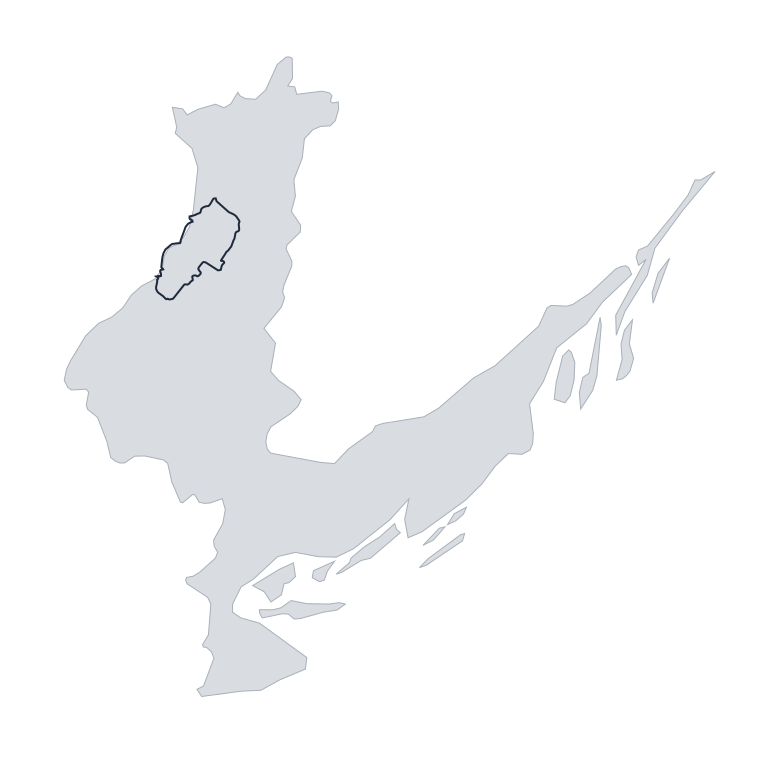 location of Viroviticko-Podravska within Croatia, rotated 273°
{"feature_id": "HRV-1606", "entity_name": "Viroviticko-Podravska", "entity_type": "County", "adm_level": 1, "iso_a3": "HRV", "parent_name": "Croatia", "parent_adm1": "", "projection": "orthographic", "projection_center": [17.571, 45.727], "detail": "fine", "context": "in_parent", "style": "outline", "palette": "slate", "viewbox_px": 768, "rotation_deg": 273, "n_neighbors": 0, "source": "natural_earth", "source_scale": "10m", "svg_char_len": 5692}
<svg xmlns="http://www.w3.org/2000/svg" viewBox="0 0 768 768"><g transform="rotate(273 384 384)"><path d="M69.3,213.2L73.0,219.6L101.4,228.5L107.7,225.5L111.7,220.5L111.9,217.3L114.4,216.5L124.3,221.8L155.3,222.6L161.7,219.0L174.2,197.8L178.0,196.1L180.5,197.1L182.1,203.5L186.3,209.7L201.4,224.8L207.3,226.7L213.2,222.9L219.2,222.0L235.9,230.2L250.3,232.1L261.0,228.4L256.1,216.7L255.4,210.7L256.3,205.6L263.7,200.7L263.4,198.4L254.9,189.2L255.4,186.9L274.9,177.3L293.6,172.1L296.6,167.8L299.6,148.9L298.9,138.8L291.6,129.1L291.3,124.3L293.1,119.4L296.2,115.0L312.3,110.2L335.8,99.6L343.1,89.4L347.4,87.8L360.4,89.5L363.2,87.0L361.7,72.2L364.0,68.5L370.8,64.5L382.2,66.2L391.7,70.2L416.4,83.5L429.5,95.6L436.8,109.0L446.7,119.4L459.3,126.8L469.2,136.8L476.6,149.3L486.9,156.4L500.2,157.9L508.7,162.2L512.2,169.3L519.5,175.7L530.4,181.4L547.5,184.5L590.3,186.8L609.3,179.9L623.4,162.4L629.5,163.6L649.3,158.2L648.2,168.5L642.4,173.3L648.6,183.9L654.6,201.1L651.5,209.7L655.6,216.3L667.7,222.8L664.4,224.9L661.7,230.6L661.6,240.9L671.4,250.5L697.6,260.7L705.4,269.2L705.6,272.8L704.3,275.3L684.3,276.6L676.6,272.3L676.0,279.3L668.7,281.7L673.2,307.0L671.8,314.4L669.1,316.9L663.4,315.7L661.9,318.1L663.3,323.5L656.0,324.3L644.4,321.6L639.0,316.8L637.9,307.1L634.1,299.5L624.8,291.7L605.6,290.6L583.2,283.3L567.0,285.7L551.5,282.4L538.1,292.5L531.4,292.4L517.8,279.9L513.8,279.1L502.0,285.5L497.2,285.8L477.6,279.0L470.5,277.9L465.2,280.2L455.8,277.7L433.3,261.2L419.1,273.5L390.6,270.1L382.0,278.5L372.1,294.5L364.1,302.1L357.2,299.2L349.3,291.9L335.4,273.4L328.3,270.0L320.1,269.0L312.9,270.9L309.0,274.5L302.4,324.6L301.9,338.7L317.5,352.1L335.8,375.0L341.8,377.7L344.6,385.1L353.3,425.5L362.7,439.8L394.7,473.1L408.3,494.2L449.8,535.4L468.3,542.7L471.2,546.5L471.3,562.4L473.3,568.3L485.6,585.0L510.9,609.3L513.8,614.9L514.7,619.1L513.0,622.2L506.4,625.6L477.3,598.0L454.6,583.0L429.2,554.6L395.0,543.1L371.9,530.4L342.1,535.7L332.5,535.6L325.7,533.3L321.0,525.5L321.1,511.9L307.8,499.3L289.5,487.1L272.3,471.5L238.3,429.5L231.7,416.1L249.8,411.7L270.6,414.9L248.6,396.9L217.6,361.8L208.6,345.3L208.1,327.9L211.2,304.1L206.1,286.9L182.4,263.9L173.9,251.9L156.2,244.3L148.2,244.7L143.0,253.1L138.7,272.1L106.8,321.2L95.2,320.4L83.3,295.8L71.7,277.0L69.8,257.7L62.4,218.3L69.3,213.2ZM604.0,683.9L604.3,689.6L613.6,703.5L572.3,672.7L533.7,647.4L506.4,641.3L469.1,620.8L444.9,613.4L464.8,611.8L522.2,639.2L515.8,632.0L524.1,629.1L531.1,631.1L535.6,640.0L568.1,663.9L588.8,677.9L604.0,683.9ZM163.3,350.9L162.2,356.9L155.8,349.0L152.9,335.2L145.4,312.8L144.6,306.5L149.2,300.5L149.2,294.3L144.0,274.6L149.1,271.7L152.1,271.4L152.7,284.9L155.1,292.8L162.9,302.6L160.6,318.2L161.4,340.7L163.3,350.9ZM200.7,302.9L187.0,305.7L180.7,299.5L179.2,294.6L168.1,292.6L160.4,282.5L170.2,275.3L175.8,263.4L193.3,288.9L200.7,302.9ZM415.6,573.4L397.7,573.6L382.2,570.6L374.7,565.7L377.7,554.8L395.0,555.9L421.3,561.0L427.7,566.7L425.7,569.3L415.6,573.4ZM461.9,596.3L453.9,597.9L403.4,596.2L388.7,592.8L369.2,581.7L385.6,579.5L400.9,582.1L405.5,588.2L461.9,596.3ZM239.4,404.1L236.4,408.1L209.4,379.7L206.6,370.5L193.5,351.3L191.6,346.2L203.8,358.9L208.4,360.2L220.1,372.5L231.4,388.2L245.2,402.0L239.4,404.1ZM399.9,615.9L420.9,620.5L436.4,618.6L450.3,621.3L461.1,628.8L437.1,626.9L422.6,631.9L409.8,629.0L405.0,625.7L401.6,621.6L399.9,615.9ZM237.5,468.4L238.9,472.3L231.5,470.6L205.2,435.7L202.5,429.0L212.0,437.3L237.5,468.4ZM193.8,323.3L204.4,343.9L194.2,337.3L185.0,334.6L183.2,329.9L186.8,322.5L193.8,323.3ZM509.0,651.9L524.6,662.6L478.8,648.5L488.9,647.0L509.0,651.9ZM258.2,461.0L265.3,472.8L258.3,470.2L251.1,462.8L247.0,454.9L258.2,461.0ZM242.9,446.8L244.5,452.3L230.8,441.6L224.9,431.4L242.9,446.8Z" fill="#d9dde1" stroke="#a8b0b8" stroke-width="1"/><path d="M476.1,151.9L477.2,152.8L478.4,153.1L479.5,151.1L480.1,153.8L480.0,155.2L480.3,155.7L482.5,155.5L485.1,154.5L486.2,155.0L486.9,157.5L487.5,157.1L487.9,156.6L488.2,156.1L489.1,155.5L498.4,156.0L503.0,156.9L506.9,158.7L512.1,164.2L512.9,165.6L513.0,166.9L513.6,169.2L513.7,171.0L513.8,171.8L514.0,172.9L514.9,173.4L517.4,173.6L530.6,177.7L533.8,180.0L535.9,183.6L536.0,184.3L537.3,184.0L537.9,182.9L538.4,181.7L539.4,181.1L541.2,181.1L542.0,184.1L543.0,186.7L544.3,189.0L544.8,190.4L545.3,191.3L545.8,191.7L548.8,192.3L549.4,192.6L550.1,193.2L550.9,194.2L551.8,196.0L552.2,197.2L552.4,198.2L552.5,199.3L553.3,200.1L554.5,201.0L559.9,203.8L560.1,204.1L560.3,204.4L560.6,206.2L557.8,207.2L547.6,219.9L545.9,224.1L545.0,225.9L544.2,227.0L543.5,227.8L539.7,230.7L539.0,231.1L538.4,231.2L538.0,231.0L537.2,230.7L535.4,230.6L531.7,231.2L530.6,231.3L529.7,231.1L529.1,230.7L528.8,230.1L528.6,229.4L528.2,228.7L527.5,228.1L526.4,227.7L521.6,227.1L520.5,226.7L519.6,226.2L513.4,224.3L509.6,221.7L508.8,221.0L507.5,219.6L507.1,219.3L506.4,219.1L498.9,214.8L498.6,214.8L498.5,215.1L498.5,216.3L498.3,216.8L498.1,217.3L497.5,217.9L497.1,218.0L496.6,218.0L496.1,217.7L495.8,217.4L495.5,217.0L494.7,216.5L494.0,215.9L489.4,215.0L488.8,212.3L496.2,199.4L496.3,197.3L495.9,196.6L491.5,193.4L490.6,192.9L489.7,192.6L489.0,192.6L488.6,192.7L487.9,193.4L487.3,193.7L486.4,194.7L485.9,195.1L484.5,195.1L482.5,193.4L482.1,192.7L481.8,192.2L481.9,191.6L482.5,190.5L482.6,189.7L482.5,188.9L482.1,187.7L481.6,187.1L481.1,186.9L477.9,187.6L477.7,187.6L477.5,187.3L476.9,186.7L475.9,185.4L474.3,184.4L473.5,183.4L473.0,182.6L473.0,182.1L473.1,180.9L473.1,180.2L472.9,179.4L458.1,168.9L457.3,166.0L457.2,165.2L457.3,164.7L457.8,163.6L457.8,163.3L457.3,162.4L457.5,161.8L458.2,160.9L460.0,159.0L463.2,154.1L463.8,153.4L464.4,152.9L466.4,151.7L467.5,151.4L468.6,151.3L474.2,152.2L475.3,152.1L476.0,152.0L476.1,151.9Z" fill="none" stroke="#1e293b" stroke-width="2"/></g></svg>